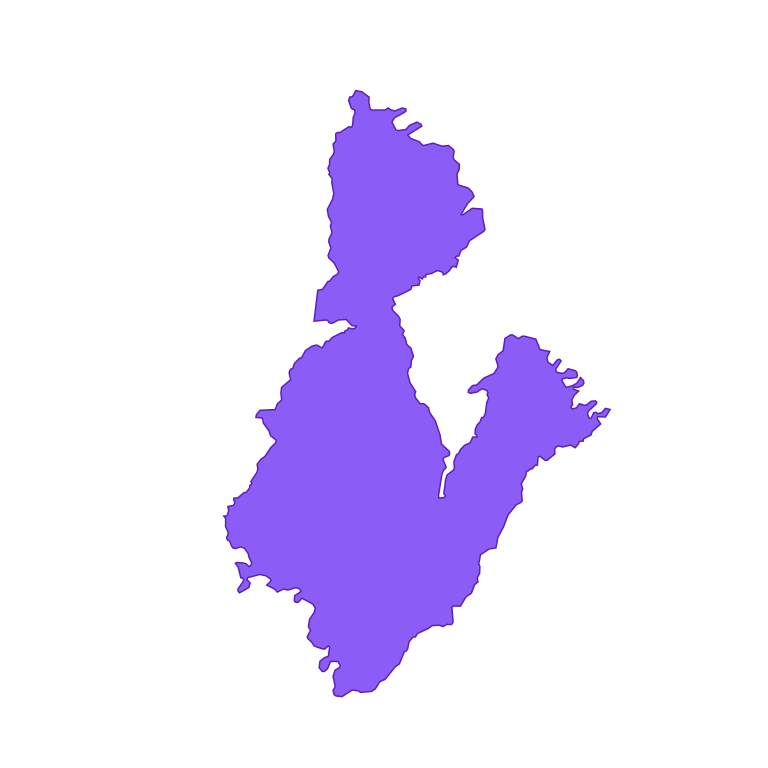 Curvelo, Minas Gerais, Brazil (Albers equal-area conic projection), rotated 341°
{"feature_id": "56859067B91333590661662", "entity_name": "Curvelo", "entity_type": "district", "adm_level": 2, "iso_a3": "BRA", "parent_name": "Brazil", "parent_adm1": "Minas Gerais", "projection": "albers", "projection_center": [-44.407, -18.753], "detail": "fine", "context": "isolated", "style": "filled", "palette": "violet", "viewbox_px": 768, "rotation_deg": 341, "n_neighbors": 0, "source": "geoboundaries", "source_scale": "gbopen_adm2", "svg_char_len": 6170}
<svg xmlns="http://www.w3.org/2000/svg" viewBox="0 0 768 768"><g transform="rotate(341 384 384)"><path d="M563.0,499.7L565.6,496.5L575.9,492.3L574.2,486.2L575.4,484.5L582.7,487.3L589.5,481.7L585.3,479.1L580.7,482.0L576.6,481.6L575.1,479.8L573.0,479.3L568.6,483.9L567.0,483.3L566.6,479.1L567.9,476.4L578.3,471.9L579.3,470.3L578.3,468.7L574.1,467.8L568.9,469.7L566.3,469.3L562.4,466.3L558.2,469.2L553.6,468.9L553.2,466.7L555.6,464.9L556.5,460.1L560.5,456.4L565.8,454.1L561.4,450.5L562.2,448.8L566.3,450.4L571.4,449.9L573.3,448.2L573.7,445.6L571.9,441.9L566.7,446.0L561.4,447.0L555.0,446.4L553.4,439.2L554.1,437.2L559.4,437.7L560.7,439.0L568.2,440.6L569.6,439.0L570.1,435.3L569.0,433.5L563.0,429.5L558.5,432.0L556.5,432.1L552.5,430.1L550.8,428.2L551.1,425.9L558.9,419.9L558.1,417.8L555.8,417.5L549.5,421.4L546.1,416.6L546.6,412.0L551.3,407.2L542.7,402.3L542.2,391.0L532.5,384.6L530.0,383.8L525.9,384.9L521.5,379.4L519.6,378.8L513.2,380.3L507.5,391.3L501.6,393.3L497.9,396.7L497.7,403.8L496.7,405.7L491.3,409.9L480.4,410.9L471.3,415.1L467.1,414.3L461.8,417.3L461.0,419.4L462.7,420.9L469.0,421.9L475.4,420.4L479.1,423.6L479.4,426.4L478.0,427.4L478.4,431.3L475.1,435.0L470.5,444.4L467.4,448.0L465.4,447.5L462.3,451.3L459.1,452.8L455.8,456.2L453.8,460.9L454.9,462.6L454.5,464.5L450.7,463.0L446.3,467.6L440.2,468.2L434.8,471.0L431.8,474.1L429.5,474.4L424.7,480.4L423.3,486.3L421.4,488.1L414.1,490.5L410.9,494.9L404.8,507.4L405.8,509.8L403.8,510.9L398.9,509.8L399.2,507.3L409.3,488.3L411.9,485.2L415.7,483.2L415.2,474.1L417.1,473.1L422.3,472.8L423.6,470.8L423.8,468.9L418.8,459.5L420.4,450.4L420.5,435.4L417.8,425.6L418.4,420.9L415.5,415.9L411.6,414.1L409.2,406.8L409.7,403.7L411.5,401.6L409.0,391.3L409.7,381.5L412.3,377.4L414.8,376.8L417.6,370.7L420.9,367.4L421.1,358.8L418.4,354.1L419.0,347.4L417.6,343.3L420.4,340.1L417.8,334.2L420.3,328.1L419.7,324.4L416.1,317.1L416.7,313.8L420.7,312.3L420.0,306.0L421.8,304.8L426.0,305.1L440.1,303.3L442.5,300.3L449.2,301.9L451.7,298.1L450.7,295.5L451.9,294.3L454.4,297.2L456.1,295.6L458.3,296.3L459.2,294.2L465.2,294.9L471.3,294.1L474.8,296.4L475.8,297.9L475.6,300.0L478.2,300.0L483.2,297.9L485.9,295.6L488.3,295.4L490.3,297.1L494.5,291.2L492.4,287.6L494.1,286.7L496.4,287.4L500.3,282.8L506.7,281.4L511.4,276.4L528.1,272.1L529.8,270.7L531.3,259.3L533.5,252.7L533.6,250.4L524.6,246.6L513.6,249.7L512.1,248.8L521.5,240.8L530.2,236.1L529.8,231.2L527.6,226.3L518.7,219.6L521.4,209.2L524.8,205.8L526.8,200.8L523.3,194.9L523.2,192.1L526.1,186.7L525.7,184.4L522.6,179.5L516.4,178.1L508.7,172.2L499.5,171.5L498.0,170.4L496.2,166.4L489.2,160.5L487.4,156.3L503.7,152.5L503.6,150.5L500.4,147.1L492.3,147.8L487.5,150.5L479.5,148.9L478.0,147.5L476.8,139.4L478.4,137.4L480.9,135.6L491.8,133.8L493.7,133.0L494.2,131.0L491.0,128.9L483.4,129.5L479.3,126.7L478.0,124.4L474.3,125.3L461.5,120.9L460.5,119.1L461.3,112.9L463.3,107.9L458.3,100.6L452.8,97.4L448.7,101.2L447.1,102.1L445.2,101.5L442.8,104.4L442.9,112.7L445.5,115.7L444.8,118.5L441.7,121.9L438.7,128.9L436.8,130.8L434.5,129.3L424.2,131.9L422.0,131.0L419.8,131.7L417.6,138.6L414.0,140.5L412.8,147.6L411.2,150.1L405.8,154.0L403.9,158.8L401.2,161.8L401.5,166.4L400.1,168.0L401.9,173.0L400.3,176.1L398.6,187.4L395.4,192.7L387.2,200.5L386.1,207.3L387.0,214.1L384.7,217.3L384.1,223.9L379.1,229.2L378.0,231.9L378.1,238.0L372.9,244.4L372.9,246.9L376.4,253.7L377.7,263.1L375.9,265.0L371.0,265.9L366.1,269.1L364.4,268.8L356.7,274.5L351.9,273.8L338.3,301.8L350.1,304.6L351.6,305.8L352.1,308.3L354.5,309.7L361.7,308.6L369.3,310.7L372.7,318.4L376.7,320.3L374.8,321.8L372.6,321.8L368.7,319.4L366.8,321.0L364.2,321.2L363.2,322.8L360.7,321.7L350.1,323.2L345.4,325.8L343.7,324.7L342.1,325.3L338.3,329.2L336.5,329.2L333.6,325.6L331.8,325.0L328.3,324.8L320.8,326.7L314.4,332.5L312.6,332.1L306.0,335.4L302.7,339.7L300.7,339.6L299.0,340.9L297.9,342.8L297.2,349.5L286.0,353.9L283.7,358.7L282.0,365.8L276.7,368.0L272.9,372.8L258.1,368.5L253.2,371.7L252.0,373.9L257.1,376.2L258.0,377.8L257.2,381.6L260.0,391.0L259.9,396.0L263.8,402.0L262.4,404.4L256.7,407.0L247.7,413.8L243.5,414.9L237.9,418.5L237.2,422.9L235.2,426.1L226.3,432.9L226.7,435.2L224.2,436.2L222.8,438.8L218.4,441.6L216.4,441.1L208.8,444.0L204.8,443.1L204.1,444.9L204.7,446.9L203.6,448.5L202.0,449.8L196.5,449.0L195.8,453.4L192.7,457.5L189.5,456.8L190.5,459.6L187.8,467.1L188.3,472.9L187.8,475.2L185.2,477.8L185.1,480.4L186.9,482.4L187.2,488.1L188.1,490.2L190.2,491.3L195.1,491.2L198.6,493.9L200.5,500.6L199.9,502.7L200.6,510.2L198.9,512.3L197.1,512.8L195.1,509.2L192.7,507.4L186.7,504.8L185.1,505.1L186.5,509.8L185.5,520.7L187.4,521.5L187.3,524.3L179.4,530.1L178.5,532.1L179.4,534.4L189.9,532.5L192.6,528.6L190.8,524.0L192.3,522.7L204.7,523.7L209.8,526.8L212.9,531.0L213.3,532.7L212.1,533.9L207.7,535.9L214.2,542.8L215.3,546.0L222.2,545.1L225.9,547.5L234.4,547.9L237.5,550.2L237.9,553.3L230.7,555.0L228.7,559.4L229.1,561.4L230.8,562.3L233.0,562.0L236.2,559.9L237.8,561.0L245.0,568.8L246.1,573.8L243.2,577.6L237.0,582.2L233.5,588.9L234.3,593.0L229.0,598.2L229.3,600.5L231.4,604.1L232.6,608.8L234.6,610.6L240.1,614.8L242.0,615.3L246.2,613.4L246.9,615.1L242.7,623.3L238.3,623.4L233.1,625.4L230.3,631.2L232.0,635.6L234.0,636.4L238.0,634.8L243.1,628.9L249.9,631.3L251.1,635.6L250.0,637.4L244.4,638.8L240.7,643.8L239.4,654.1L236.0,657.4L235.7,661.5L237.0,663.3L242.5,665.9L254.3,663.0L259.8,665.8L261.5,668.0L272.1,670.6L276.5,669.4L283.2,664.1L288.9,663.6L302.4,655.1L307.4,653.6L316.1,643.7L317.9,643.8L320.1,642.2L323.8,635.8L329.0,632.8L331.4,633.4L334.3,630.8L346.2,629.6L350.9,628.1L357.5,630.0L360.9,632.6L364.9,631.7L369.5,633.4L371.8,631.7L375.4,617.5L377.0,616.4L383.9,618.9L392.2,612.0L398.6,610.2L404.3,603.3L408.4,601.8L409.0,597.7L412.7,594.3L415.3,587.6L415.0,585.0L419.6,576.9L429.6,574.2L436.5,575.4L441.9,565.9L450.4,558.1L458.6,548.2L469.9,541.2L474.9,540.6L476.7,539.3L478.7,531.2L481.0,528.3L481.2,523.1L488.0,517.2L490.4,512.9L492.3,513.1L494.3,511.9L496.5,512.5L500.1,510.2L502.7,510.6L505.9,503.0L507.9,503.2L511.6,508.8L513.5,509.2L522.7,505.8L524.4,500.7L526.6,499.5L529.3,499.5L532.3,501.7L540.6,502.5L544.0,506.5L548.3,504.0L549.8,501.8L553.8,502.8L554.9,500.7L563.0,499.7Z" fill="#8b5cf6" stroke="#5b21b6" stroke-width="1.5"/></g></svg>